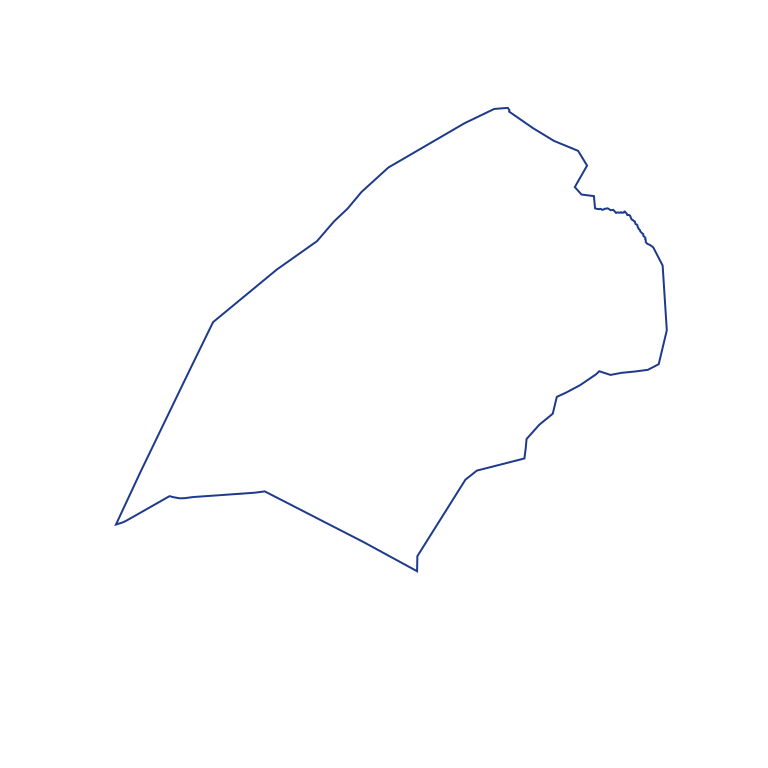 San Vicente Nuñú, Oaxaca, Mexico, rotated 52°
{"feature_id": "50627088B79032057291398", "entity_name": "San Vicente Nuñú", "entity_type": "district", "adm_level": 2, "iso_a3": "MEX", "parent_name": "Mexico", "parent_adm1": "Oaxaca", "projection": "orthographic", "projection_center": [-97.43, 17.42], "detail": "fine", "context": "isolated", "style": "outline", "palette": "blue", "viewbox_px": 768, "rotation_deg": 52, "n_neighbors": 0, "source": "geoboundaries", "source_scale": "gbopen_adm2", "svg_char_len": 1552}
<svg xmlns="http://www.w3.org/2000/svg" viewBox="0 0 768 768"><g transform="rotate(52 384 384)"><path d="M230.2,348.9L227.8,397.8L230.0,480.6L255.8,533.5L303.3,629.9L329.7,681.7L331.4,677.3L332.2,675.1L333.0,671.6L333.6,667.6L340.1,623.6L340.4,622.0L343.7,619.5L345.9,617.5L348.2,615.5L351.1,611.6L355.7,603.8L390.2,552.6L395.2,544.1L496.1,497.4L551.9,473.2L540.2,463.7L509.5,378.7L509.4,364.1L529.1,319.2L522.2,312.2L515.1,305.5L511.7,286.6L511.3,269.3L500.5,255.7L502.8,246.2L505.6,230.4L506.9,211.1L506.5,206.5L516.3,199.9L521.4,190.0L528.7,178.5L535.3,167.3L537.5,155.3L515.8,128.1L462.2,91.5L442.6,87.8L441.3,87.8L441.0,88.0L437.7,89.0L436.8,89.6L435.3,90.3L433.2,90.3L431.7,89.1L430.7,89.0L430.5,88.6L429.5,88.0L427.7,88.3L426.9,88.4L425.4,87.4L424.1,87.8L422.4,88.0L421.6,88.1L420.2,87.5L418.9,87.9L418.0,87.5L416.9,87.6L414.9,86.6L414.3,86.6L412.7,87.3L411.1,86.6L410.2,86.3L409.6,86.8L408.3,86.9L406.7,87.6L402.9,86.5L401.7,86.8L400.6,88.2L399.0,87.8L398.0,88.0L396.4,88.0L396.1,88.5L396.5,89.5L395.7,90.9L395.3,91.3L394.6,91.4L394.1,93.0L393.0,93.8L392.3,94.9L392.1,95.8L389.0,96.0L387.8,96.2L387.4,97.1L386.4,98.5L384.1,99.2L383.1,99.8L382.6,101.0L381.7,102.4L381.8,103.0L381.4,104.2L381.2,104.7L380.8,105.0L379.6,105.3L379.0,105.9L378.8,106.5L377.7,107.9L375.6,109.5L375.4,109.5L365.2,102.9L356.3,111.7L346.3,112.4L336.9,89.5L319.8,87.5L297.1,100.4L274.3,109.0L246.4,117.7L245.5,116.6L242.6,116.5L235.1,127.8L228.1,159.8L216.1,247.2L218.8,283.4L223.4,304.9L225.1,323.3L230.2,348.9Z" fill="none" stroke="#1e3a8a" stroke-width="2"/></g></svg>